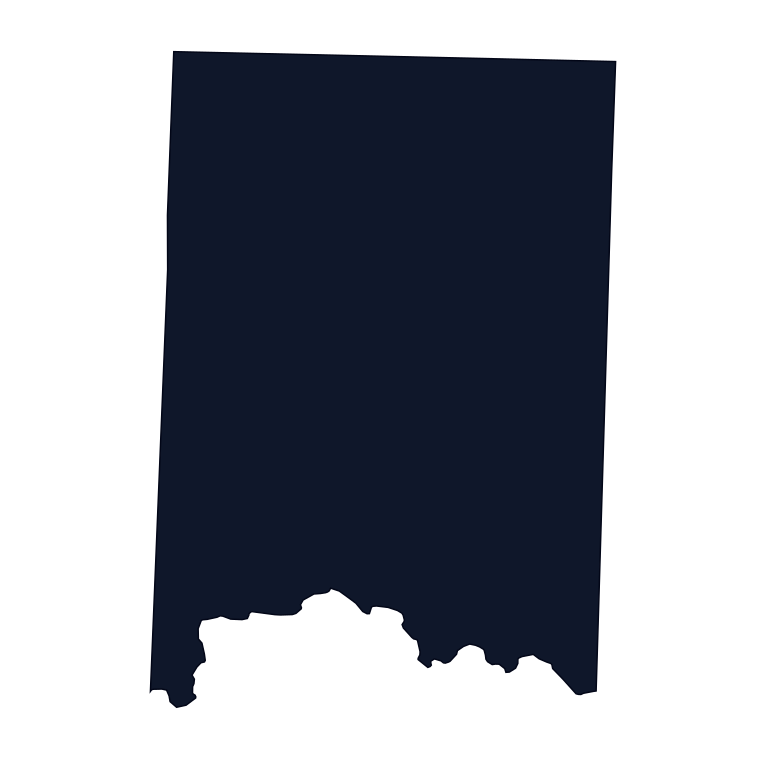 Sioux, Iowa, United States of America, rotated 272°
{"feature_id": "52423323B71444567785310", "entity_name": "Sioux", "entity_type": "district", "adm_level": 2, "iso_a3": "USA", "parent_name": "United States of America", "parent_adm1": "Iowa", "projection": "albers", "projection_center": [-96.475, 43.084], "detail": "fine", "context": "isolated", "style": "filled", "palette": "ink", "viewbox_px": 768, "rotation_deg": 272, "n_neighbors": 0, "source": "geoboundaries", "source_scale": "gbopen_adm2", "svg_char_len": 1751}
<svg xmlns="http://www.w3.org/2000/svg" viewBox="0 0 768 768"><g transform="rotate(272 384 384)"><path d="M68.7,161.3L70.3,162.4L70.9,164.1L71.4,172.6L70.5,177.4L64.8,180.1L59.1,181.3L53.7,188.0L56.1,197.4L63.6,206.7L64.9,206.8L66.5,206.0L67.4,204.2L68.7,203.4L74.9,203.3L77.9,204.5L82.4,204.8L86.4,202.3L94.6,206.9L99.0,210.8L100.0,214.3L101.6,215.0L107.9,213.9L118.7,211.1L122.7,207.4L133.0,206.8L141.0,209.5L142.0,210.7L142.6,215.4L145.1,225.3L146.6,228.3L146.4,231.0L143.7,239.0L143.6,250.4L144.9,255.6L148.3,257.0L149.8,257.1L151.6,259.0L151.9,260.2L149.7,283.0L149.6,288.6L150.4,300.5L151.7,304.0L156.4,309.1L157.5,309.3L160.5,308.2L165.3,310.7L171.7,321.3L172.4,327.7L173.4,332.9L174.2,334.9L175.3,336.4L178.1,337.8L175.5,346.6L167.4,358.6L163.9,363.6L155.9,370.7L153.8,375.1L154.0,377.4L160.7,379.3L161.5,380.9L161.9,384.3L161.8,385.3L160.9,395.9L158.1,405.4L155.6,409.9L153.6,411.2L148.8,412.6L147.2,412.3L144.2,410.5L140.8,411.9L131.7,420.7L130.3,422.6L129.7,425.8L128.3,426.6L117.7,429.4L114.5,429.3L111.1,427.7L109.8,427.7L102.3,437.7L103.3,440.0L104.7,441.1L106.5,440.6L108.6,440.4L110.9,443.8L110.9,444.5L109.3,450.6L107.4,453.1L107.2,455.0L108.4,458.3L109.2,459.7L116.4,465.9L120.1,466.7L124.5,472.6L127.1,478.7L126.1,484.6L124.6,488.7L122.4,492.6L121.4,493.4L116.8,494.8L112.5,495.5L110.1,497.2L107.4,501.9L108.0,505.2L108.0,508.9L103.8,514.6L100.1,515.9L100.5,519.4L104.6,525.4L109.4,527.5L113.6,527.4L114.7,528.0L116.4,531.4L119.0,542.6L114.8,548.6L111.8,556.3L110.5,560.6L109.3,561.6L105.5,562.5L100.8,567.4L95.6,572.8L81.1,586.8L80.6,589.2L80.6,591.6L81.9,594.2L84.2,604.3L84.6,606.7L604.7,604.1L714.3,604.2L713.0,493.2L708.8,162.3L545.1,161.7L490.7,163.8L68.7,161.3Z" fill="#0f172a" stroke="#020617" stroke-width="1.5"/></g></svg>